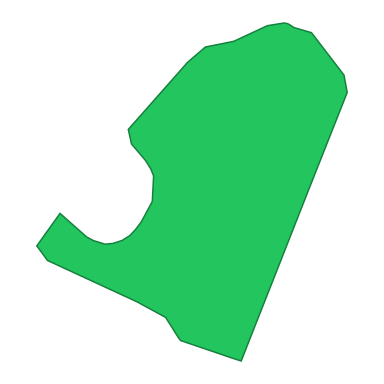 the border of Masaya
{"feature_id": "NIC-660", "entity_name": "Masaya", "entity_type": "Department", "adm_level": 1, "iso_a3": "NIC", "parent_name": "Nicaragua", "parent_adm1": "", "projection": "natural_earth1", "projection_center": [-86.121, 12.004], "detail": "fine", "context": "isolated", "style": "filled", "palette": "green", "viewbox_px": 384, "rotation_deg": 0, "n_neighbors": 0, "source": "natural_earth", "source_scale": "10m", "svg_char_len": 583}
<svg xmlns="http://www.w3.org/2000/svg" viewBox="0 0 384 384"><path d="M311.5,32.7L344.0,75.1L347.2,92.5L307.7,192.2L272.6,281.4L269.2,290.0L259.9,313.5L241.2,361.0L232.7,358.3L180.7,340.6L178.5,337.8L165.6,317.4L136.9,301.8L47.5,260.5L36.8,245.9L60.0,213.4L86.7,237.0L93.5,240.6L105.1,244.2L112.8,243.4L122.0,240.5L129.8,235.6L135.8,229.2L141.4,221.7L152.3,201.4L153.6,175.9L150.9,169.2L145.6,160.6L131.5,144.0L128.3,129.4L187.7,62.2L205.4,47.0L233.8,41.3L267.3,25.7L283.9,23.0L287.0,23.5L288.8,24.2L294.1,27.6L311.5,32.7Z" fill="#22c55e" stroke="#15803d" stroke-width="1.5"/></svg>